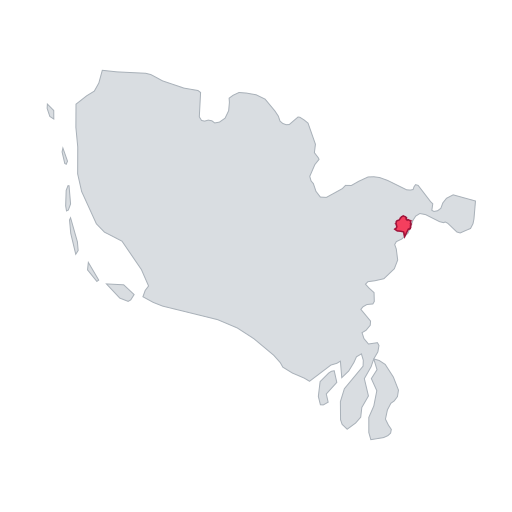 Weert, Limburg, Netherlands shown in context, rotated 273°
{"feature_id": "6326949B44832169165427", "entity_name": "Weert", "entity_type": "district", "adm_level": 2, "iso_a3": "NLD", "parent_name": "Netherlands", "parent_adm1": "Limburg", "projection": "mercator", "projection_center": [5.712, 51.235], "detail": "fine", "context": "in_parent", "style": "filled", "palette": "rose", "viewbox_px": 512, "rotation_deg": 273, "n_neighbors": 0, "source": "geoboundaries", "source_scale": "gbopen_adm2", "svg_char_len": 5168}
<svg xmlns="http://www.w3.org/2000/svg" viewBox="0 0 512 512"><g transform="rotate(273 256 256)"><path d="M322.4,472.3L313.1,472.0L304.3,471.7L299.6,471.0L294.7,468.8L294.7,468.7L292.5,464.2L289.7,458.7L290.5,455.3L298.7,445.8L299.9,443.1L299.1,441.7L299.9,437.5L306.2,423.2L307.0,417.4L304.2,413.4L300.1,411.0L286.9,406.7L280.6,400.7L277.7,395.4L274.7,393.9L270.4,395.7L259.4,397.7L250.5,394.8L240.0,384.9L237.5,376.0L236.2,369.1L233.6,366.8L230.1,370.3L225.6,375.8L216.8,376.5L214.2,375.2L213.8,372.1L213.3,369.2L210.9,365.5L208.2,363.5L197.0,373.8L192.8,373.7L187.6,369.8L185.0,365.9L179.2,368.1L174.0,372.9L175.8,381.8L173.0,383.5L166.6,382.7L159.4,379.0L151.4,376.7L139.2,370.6L122.1,375.6L110.3,369.6L100.5,369.0L94.4,364.2L87.8,356.1L92.4,350.8L96.9,349.0L115.0,347.9L128.1,351.2L151.6,368.7L157.5,368.6L163.8,366.4L160.6,361.6L154.7,359.3L146.0,354.6L139.0,348.0L155.4,345.8L153.1,342.4L151.0,336.5L133.7,316.0L136.6,310.5L141.0,298.5L146.4,288.6L150.7,285.9L157.8,278.9L173.3,258.2L183.1,241.2L190.4,221.1L201.1,165.3L204.3,155.8L209.4,145.2L215.9,147.2L220.4,150.3L236.4,142.3L263.8,121.4L271.9,103.4L279.8,94.9L311.3,78.5L328.7,73.6L355.5,72.3L374.9,69.4L398.2,68.3L407.1,78.5L412.2,85.9L420.5,90.0L433.4,92.8L432.6,107.5L432.7,136.3L431.7,141.4L426.0,153.5L419.9,175.2L418.2,189.4L416.4,192.1L392.0,192.1L388.5,194.5L388.0,197.6L389.2,201.2L388.7,204.9L386.7,207.8L387.8,212.5L392.0,217.9L399.7,221.1L408.0,221.4L412.2,220.9L415.3,224.7L418.4,230.5L418.2,237.9L417.0,247.7L413.1,256.9L401.8,267.3L396.8,271.0L392.0,272.9L389.8,275.7L388.7,279.2L389.0,282.3L397.0,290.7L396.8,292.6L394.4,296.9L391.4,301.0L370.7,309.5L362.2,308.9L357.3,313.1L355.8,313.9L350.4,310.0L338.3,305.5L333.8,307.1L331.3,309.5L323.7,312.5L318.2,317.2L318.2,323.2L327.8,338.7L331.2,341.7L331.4,347.5L336.0,354.7L340.8,363.8L341.3,369.6L340.8,375.4L338.3,383.6L330.0,402.9L329.9,406.6L330.6,409.4L333.4,410.2L335.6,411.6L335.0,414.2L319.4,427.5L317.4,429.8L310.8,429.2L309.8,431.4L310.7,435.0L313.3,438.1L318.8,439.8L323.6,443.2L327.4,449.7L322.4,472.3ZM159.4,379.0L158.1,384.5L154.5,390.7L142.3,399.5L129.5,405.3L123.0,404.6L118.5,401.6L116.0,398.4L109.2,395.3L99.9,393.8L94.0,397.1L89.9,400.2L86.2,399.7L83.5,397.1L81.4,393.0L78.6,380.3L85.6,377.9L100.7,377.1L112.4,381.5L127.8,383.7L139.6,377.6L148.8,382.8L159.4,379.0ZM133.9,326.6L142.9,334.7L144.8,337.3L145.5,340.1L134.0,343.3L121.9,333.4L113.8,335.7L110.8,331.0L110.8,328.1L119.1,325.6L133.9,326.6ZM220.3,125.4L211.1,136.3L205.6,133.2L204.0,130.7L206.8,122.2L220.3,108.1L220.3,125.4ZM260.8,76.9L252.2,78.1L248.3,75.9L269.0,69.8L282.2,67.9L284.5,68.8L260.8,76.9ZM316.4,65.6L298.3,68.1L292.1,66.2L291.1,64.4L296.1,63.3L311.6,63.0L316.4,64.6L316.4,65.6ZM240.8,88.9L223.7,100.2L222.3,98.4L233.3,88.5L240.8,88.9ZM390.7,46.4L382.2,46.9L384.6,42.8L392.5,39.7L396.8,39.7L390.7,46.4ZM353.7,57.5L340.8,62.8L337.7,61.7L338.4,60.2L349.8,56.9L353.7,57.5Z" fill="#d9dde1" stroke="#a8b0b8" stroke-width="1"/><path d="M290.1,393.1L289.7,393.7L289.2,394.5L288.5,395.6L288.4,395.9L288.4,396.5L288.3,399.2L287.8,402.1L285.6,402.9L285.6,402.6L284.5,402.9L283.5,403.2L283.0,403.4L283.8,403.7L289.5,406.1L290.4,406.5L290.9,406.8L291.1,407.3L290.7,407.4L291.4,408.7L291.5,408.7L291.8,408.6L292.0,408.5L292.3,408.5L292.5,408.6L292.8,408.6L293.0,408.6L293.1,408.8L293.1,409.0L293.5,408.9L293.6,408.7L293.6,408.8L293.8,408.8L294.0,408.7L294.3,408.6L294.5,408.8L294.8,409.0L294.9,408.9L295.0,408.8L295.3,408.8L295.2,408.9L295.5,408.8L295.4,409.0L295.8,409.1L296.0,409.1L296.1,409.3L296.6,408.9L296.8,408.9L297.0,408.8L296.9,408.8L297.1,408.7L297.3,408.7L297.5,408.7L297.8,408.7L298.0,408.6L298.4,408.6L298.6,408.5L298.8,408.5L298.8,408.4L298.8,408.5L299.0,408.7L299.0,408.4L299.3,408.3L299.3,408.2L299.5,408.0L299.5,407.8L299.6,407.7L299.5,407.4L299.6,407.2L299.9,406.8L300.0,406.5L300.1,406.4L300.3,405.9L300.2,405.7L300.3,405.6L300.5,405.5L300.3,405.5L300.2,405.4L299.9,405.3L299.8,405.2L300.0,405.1L300.0,404.7L300.1,404.4L300.5,404.1L300.9,404.0L301.0,404.0L301.3,404.1L301.6,404.3L301.8,404.3L302.0,404.3L302.0,404.2L302.2,403.9L302.2,403.7L302.3,403.7L302.5,403.6L302.8,403.5L302.9,403.4L303.0,403.1L303.5,401.6L303.6,401.4L303.6,401.2L303.8,400.9L303.7,400.8L303.6,400.7L303.4,400.4L303.3,400.2L303.2,400.1L303.1,399.9L302.9,399.5L302.8,399.4L302.7,399.3L302.7,399.2L302.4,399.0L302.3,398.9L302.2,398.8L302.0,398.7L301.9,398.6L301.7,398.5L301.6,398.3L301.5,398.2L301.3,398.3L301.2,398.2L300.8,397.9L300.6,397.8L300.4,397.7L300.1,397.5L299.9,397.4L299.7,397.3L299.6,397.2L299.4,396.9L299.3,396.7L299.2,396.6L299.1,396.1L299.0,395.9L298.9,395.8L298.9,395.6L298.8,395.4L298.7,395.2L298.5,394.9L298.4,394.8L298.3,394.7L298.2,394.6L297.9,394.4L297.7,394.3L297.3,394.3L297.2,394.2L296.8,394.2L296.6,394.2L296.4,394.2L296.2,394.2L295.8,394.2L295.7,394.2L295.4,394.2L295.2,394.3L295.2,394.2L295.1,394.3L294.9,394.3L294.6,394.4L294.3,394.5L294.1,394.6L293.8,394.7L293.6,394.8L293.4,394.9L293.2,395.0L292.8,395.1L292.7,395.1L292.4,395.1L292.2,395.0L292.1,394.9L291.9,394.9L291.7,394.9L291.3,394.7L291.2,394.5L291.1,394.4L290.9,394.2L290.7,394.1L290.6,393.9L290.3,393.3L290.2,393.2L290.1,393.1Z" fill="#f43f5e" stroke="#9f1239" stroke-width="1.5"/></g></svg>